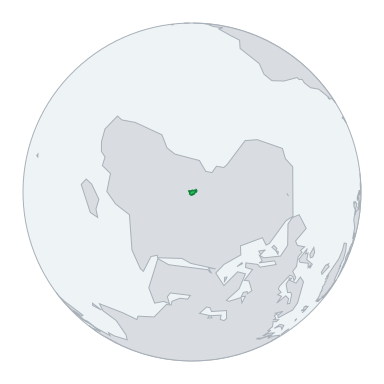 Ombella-M'Poko highlighted on a globe, orthographic projection, rotated 136°
{"feature_id": "CAF-4856", "entity_name": "Ombella-M'Poko", "entity_type": "Prefecture", "adm_level": 1, "iso_a3": "CAF", "parent_name": "Central African Republic", "parent_adm1": "", "projection": "orthographic", "projection_center": [18.055, 4.882], "detail": "fine", "context": "on_globe", "style": "filled", "palette": "green", "viewbox_px": 384, "rotation_deg": 136, "n_neighbors": 0, "source": "natural_earth", "source_scale": "10m", "svg_char_len": 8038}
<svg xmlns="http://www.w3.org/2000/svg" viewBox="0 0 384 384"><g transform="rotate(136 192 192)"><circle cx="192" cy="192" r="169" fill="#eef3f6" stroke="#a8b0b8"/><path d="M135.4,32.8L131.3,34.3L127.2,36.0L135.4,32.8ZM96.2,52.8L99.1,50.9L105.1,47.1L107.5,45.7L114.0,42.2L113.9,42.5L110.3,45.0L105.0,48.1L103.2,49.5L109.1,46.6L99.8,53.3L95.0,59.5L92.5,61.5L86.3,64.5L84.4,63.5L76.4,69.4L82.5,65.6L76.1,71.7L75.5,73.0L76.3,72.9L79.1,70.8L77.1,73.2L70.3,77.2L72.0,75.1L74.2,73.7L73.2,73.5L68.6,77.2L65.8,80.5L61.9,84.2L59.8,86.8L58.3,88.7L66.7,78.6L75.9,69.3L85.7,60.6L96.2,52.8ZM26.7,157.0L27.0,155.8L25.2,165.5L26.9,157.0L26.3,162.1L28.5,163.2L27.9,165.3L29.5,178.1L34.3,184.7L35.4,192.3L34.5,196.6L36.8,198.4L36.9,201.3L48.8,208.0L57.2,216.6L58.4,226.8L54.4,237.7L57.7,261.8L52.3,268.2L55.6,277.7L59.5,290.8L55.7,288.7L61.6,296.1L63.4,299.8L62.2,299.4L66.2,304.2L65.5,303.9L68.9,307.4L73.7,312.6L65.0,303.5L57.1,293.7L49.9,283.4L43.5,272.6L37.9,261.3L33.2,249.7L33.1,249.3L33.0,249.2L29.0,236.4L26.0,223.4L24.0,210.2L23.1,196.8L23.3,183.5L24.5,170.2L26.7,157.0ZM76.5,315.3L79.8,318.4L80.6,319.0L76.5,315.3ZM113.6,42.3L112.5,43.0L113.6,42.3ZM120.6,38.9L118.0,40.1L117.8,40.2L120.6,38.9ZM142.3,30.8L142.5,30.6L145.1,29.8L142.3,30.8ZM154.8,27.2L151.9,27.9L150.8,28.3L148.5,28.9L150.2,28.3L154.8,27.2ZM159.0,26.3L158.4,26.4L158.2,26.5L158.5,26.4L159.0,26.3ZM162.0,25.7L160.9,25.9L160.6,26.0L162.0,25.7ZM167.9,24.8L161.6,25.9L159.3,26.3L165.8,25.1L167.9,24.8ZM89.5,326.0L88.8,325.1L90.1,326.0L90.9,326.9L89.5,326.0ZM349.9,132.0L349.0,129.6L350.9,135.6L356.2,152.1L357.5,158.0L358.8,167.5L358.2,163.7L354.8,154.9L356.8,167.1L359.5,177.1L360.5,189.2L359.6,185.6L358.3,175.0L357.0,171.6L355.4,160.9L350.7,145.6L349.7,148.8L347.9,142.6L341.3,130.7L338.7,135.1L335.8,152.3L338.5,168.4L336.2,175.9L325.8,153.5L320.2,138.5L317.1,140.2L306.0,128.4L288.5,128.9L285.5,125.2L282.3,127.3L274.4,123.9L269.6,118.0L265.0,118.7L277.7,134.4L282.5,133.8L285.8,127.3L288.5,133.1L296.1,138.0L289.6,153.1L262.8,167.8L259.3,155.9L234.5,125.0L234.8,121.5L234.7,121.1L234.3,120.4L232.9,126.1L228.4,120.3L242.5,141.6L245.3,151.1L262.4,168.6L261.0,170.6L266.3,174.1L282.1,168.7L282.4,172.8L275.4,192.1L252.8,219.1L255.3,236.5L252.9,251.5L237.8,261.9L238.1,273.3L230.2,277.6L229.0,284.1L222.1,291.1L210.8,297.8L192.8,298.4L192.4,292.6L184.5,281.5L173.9,254.0L179.3,241.1L178.0,231.2L164.8,209.5L167.8,197.2L164.1,192.1L156.5,193.5L152.1,187.5L147.5,187.4L118.1,192.1L108.7,184.3L96.7,160.5L101.7,151.0L102.0,140.2L136.3,104.3L144.3,106.1L172.0,101.2L175.6,102.3L173.1,110.2L194.6,119.6L200.6,112.8L219.3,117.7L231.2,117.2L234.1,102.5L214.6,102.9L210.4,96.0L225.5,89.6L242.4,90.2L241.4,87.7L230.0,82.0L233.2,77.5L226.0,79.9L229.4,82.4L224.9,84.2L221.5,82.1L222.8,80.4L217.5,79.4L212.8,88.5L215.8,92.1L202.3,94.2L205.9,100.5L202.5,103.6L195.0,94.2L195.3,90.7L181.9,81.4L180.4,85.1L193.0,94.4L189.3,93.7L187.5,99.7L186.0,94.7L172.8,84.4L160.2,87.2L145.2,102.3L137.6,103.9L130.7,101.2L135.1,86.5L151.6,84.8L153.3,80.3L149.0,74.3L154.4,74.6L154.7,72.2L160.8,71.6L168.6,65.8L174.7,65.0L176.8,58.3L180.3,57.3L178.0,61.4L179.7,64.2L194.8,63.4L197.4,62.0L197.6,57.9L201.7,58.6L200.0,54.8L208.2,53.2L196.7,52.2L196.6,48.2L201.1,45.3L199.0,44.0L191.7,48.9L190.7,51.2L193.1,53.3L188.4,60.3L183.4,61.6L180.5,54.2L173.1,55.6L174.1,50.0L193.1,38.9L201.6,37.2L217.3,41.6L215.9,43.7L209.5,43.0L216.2,46.9L215.3,45.0L218.7,45.8L219.5,42.9L221.9,43.4L218.5,40.0L221.6,40.3L223.7,42.4L227.5,39.2L233.7,39.6L233.4,38.7L231.3,37.6L240.6,39.2L240.0,38.5L236.7,37.7L233.2,35.9L230.8,33.6L234.1,34.2L235.5,35.1L243.3,38.5L246.4,41.3L247.5,41.4L245.6,39.1L236.1,35.0L233.6,33.5L238.4,35.1L236.5,34.4L236.4,33.9L239.3,34.1L234.2,32.3L227.9,27.7L233.1,28.4L238.0,29.9L237.3,29.2L248.9,32.9L260.2,37.4L271.2,42.7L281.7,48.8L291.8,55.6L301.3,63.2L310.3,71.4L318.7,80.2L326.4,89.6L333.4,99.5L339.7,109.9L345.2,120.8L349.9,132.0ZM125.4,122.0L124.7,125.2L125.4,122.0ZM261.3,99.1L270.9,99.5L265.0,90.8L268.2,90.4L265.1,87.7L264.6,90.2L256.6,83.2L260.2,80.7L258.3,77.2L254.9,77.0L249.6,82.8L261.0,92.5L259.4,96.1L261.3,99.1ZM28.7,163.1L28.7,165.2L28.2,165.0L28.7,163.1ZM32.4,139.7L32.5,140.9L31.8,141.3L32.4,139.7ZM31.8,138.2L33.2,134.4L32.2,139.1L31.0,141.2L31.5,139.2L31.8,138.2ZM76.5,71.4L77.0,71.2L77.3,71.7L76.0,72.5L76.5,71.4ZM85.7,68.9L82.3,72.8L83.8,70.3L81.3,71.9L81.4,69.2L91.2,62.5L86.8,65.8L85.7,68.9ZM84.3,64.4L83.1,66.4L84.0,64.5L84.3,64.4ZM150.2,61.3L152.6,62.5L150.6,65.2L142.9,67.5L145.6,63.5L150.2,61.3ZM156.4,63.7L155.6,56.5L160.4,55.2L157.9,57.1L161.1,56.9L157.9,60.0L163.2,66.4L161.8,69.3L148.3,71.2L153.4,68.7L150.8,67.5L156.4,63.7ZM145.2,44.9L145.0,43.1L155.7,42.5L154.7,44.4L146.9,46.5L143.5,45.5L145.2,44.9ZM127.3,36.2L126.5,36.4L127.9,35.9L129.6,35.2L127.3,36.2ZM145.8,29.5L146.1,29.4L142.8,30.4L145.5,29.7L140.6,31.2L142.2,30.8L132.2,35.1L130.8,35.4L126.6,38.2L121.3,40.3L124.1,38.3L116.9,42.3L117.4,41.4L112.9,44.1L119.8,39.5L119.9,39.2L121.9,38.7L126.8,36.6L128.9,35.7L135.1,33.0L137.0,32.3L145.8,29.5ZM178.6,26.4L174.4,26.5L179.1,27.5L174.2,28.1L175.1,28.1L171.8,29.1L169.4,30.6L167.0,30.8L167.1,31.3L164.9,32.1L164.2,33.0L159.8,33.8L158.5,35.1L157.1,34.8L156.2,36.8L154.9,35.7L152.0,37.1L154.8,37.4L132.6,42.0L124.3,45.6L118.0,49.5L116.7,47.8L121.6,43.4L129.7,38.5L137.9,35.7L135.8,35.7L139.1,34.4L139.4,34.9L140.9,33.5L143.7,32.6L150.9,29.8L151.4,28.8L154.0,28.0L155.2,28.0L157.0,27.2L161.1,26.8L163.1,26.3L169.1,25.7L170.2,26.4L172.4,25.8L177.0,25.6L178.6,26.4ZM169.6,24.7L172.1,24.8L170.7,25.4L160.8,26.3L158.5,26.8L152.1,28.0L154.3,27.3L155.9,27.0L158.0,26.5L156.5,26.9L159.3,26.3L161.6,26.0L164.4,25.5L169.6,24.7ZM179.3,99.3L182.0,99.6L186.1,99.1L185.0,103.1L179.3,99.3ZM170.1,92.4L172.5,91.8L172.9,96.7L170.1,96.7L170.1,92.4ZM173.4,87.6L172.5,91.4L171.3,89.3L173.4,87.6ZM180.2,60.8L182.7,60.2L183.1,61.2L181.9,62.7L180.2,60.8ZM191.4,31.4L189.2,30.9L189.9,30.5L188.0,29.0L191.5,28.7L194.0,29.5L191.4,31.4ZM231.0,105.0L227.8,107.9L225.9,106.6L227.4,105.8L231.0,105.0ZM205.5,105.4L211.5,107.1L205.1,106.5L205.5,105.4ZM194.8,30.8L193.7,30.1L196.1,30.4L194.8,30.8ZM193.9,28.4L196.7,28.6L191.7,28.5L193.9,28.4ZM278.6,324.3L278.4,326.1L276.4,326.4L278.6,324.3ZM279.4,247.9L266.4,274.4L259.1,274.8L258.7,267.3L264.1,251.4L272.9,246.5L277.5,239.2L279.4,247.9ZM359.5,214.1L359.6,212.8L360.0,209.8L360.0,210.0L359.5,214.1ZM360.0,209.7L359.6,201.9L356.0,179.1L357.4,179.2L360.5,192.8L360.4,195.2L360.6,201.5L360.0,209.7ZM339.1,169.9L342.3,179.4L340.8,181.1L339.1,169.9ZM352.1,137.9L352.2,138.4L351.4,136.0L350.9,134.7L352.1,137.9ZM222.9,30.7L221.6,32.9L223.1,35.0L227.5,36.8L220.7,35.6L218.5,32.3L222.9,30.7ZM227.0,27.8L223.1,26.8L225.0,27.0L226.2,27.3L227.0,27.8ZM224.4,27.4L219.1,26.7L217.1,26.1L221.7,26.7L224.4,27.4ZM207.1,27.8L206.4,28.4L204.5,28.0L207.1,27.8Z" fill="#d9dde1" stroke="#a8b0b8" stroke-width="1"/><path d="M195.1,191.9L195.0,192.0L194.9,192.0L194.8,192.3L194.7,192.4L194.7,192.5L194.4,192.8L194.1,193.3L194.0,193.5L193.8,193.5L193.7,193.6L193.6,193.4L193.4,193.3L193.3,193.5L193.5,193.8L193.7,194.1L193.7,194.5L193.7,194.8L193.6,195.0L193.4,194.9L193.2,194.8L193.2,194.7L192.9,194.4L192.9,194.2L192.8,193.9L192.7,193.7L192.4,193.6L192.3,193.4L192.2,193.3L191.9,193.2L191.7,193.2L191.6,193.3L191.5,193.2L191.4,193.2L191.1,193.0L190.9,193.1L190.7,193.1L190.5,192.9L190.4,192.5L190.4,192.4L190.2,192.2L189.8,192.0L189.7,191.9L189.5,191.7L189.4,191.7L189.0,191.6L188.9,191.4L189.0,191.4L189.2,191.2L189.1,190.9L188.7,190.6L188.4,190.6L188.2,190.6L187.9,190.6L187.5,190.8L187.5,190.6L187.4,190.6L187.4,190.4L187.5,190.1L187.6,189.9L187.9,189.7L188.0,189.5L188.0,189.4L188.5,189.2L188.8,189.1L188.8,189.3L189.0,189.5L190.6,189.5L191.3,189.2L191.5,189.0L191.8,189.1L191.9,189.3L192.0,189.3L192.3,189.3L192.5,189.3L192.8,189.4L193.0,189.5L192.9,189.6L193.0,189.7L193.0,189.8L193.0,190.0L193.2,189.9L193.3,189.9L193.6,189.8L193.6,189.7L193.9,189.7L194.0,189.7L194.3,189.8L194.4,190.1L194.5,190.2L194.6,190.3L194.8,190.4L194.8,190.5L194.8,191.0L194.7,191.0L194.8,191.2L195.0,191.5L195.1,191.8L195.1,191.9Z" fill="#22c55e" stroke="#15803d" stroke-width="1.5"/></g></svg>